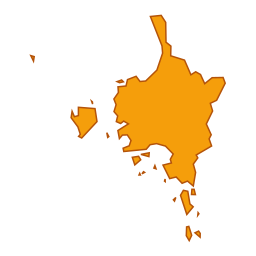 outline of Sattahip, Chon Buri, Thailand
{"feature_id": "78962969B45333129363776", "entity_name": "Sattahip", "entity_type": "district", "adm_level": 2, "iso_a3": "THA", "parent_name": "Thailand", "parent_adm1": "Chon Buri", "projection": "mercator", "projection_center": [100.926, 12.687], "detail": "medium", "context": "isolated", "style": "filled", "palette": "amber", "viewbox_px": 256, "rotation_deg": 0, "n_neighbors": 0, "source": "geoboundaries", "source_scale": "gbopen_adm2", "svg_char_len": 1894}
<svg xmlns="http://www.w3.org/2000/svg" viewBox="0 0 256 256"><path d="M223.1,77.5L212.1,77.7L204.7,83.7L200.5,74.5L195.7,71.8L190.9,74.8L184.5,60.1L170.7,55.8L170.9,46.1L166.0,42.2L165.7,22.4L161.2,15.4L150.4,16.5L162.0,45.9L162.6,53.2L156.9,70.1L145.7,81.0L140.0,81.5L136.1,76.3L127.5,79.6L126.0,86.0L118.0,86.8L118.4,92.5L113.9,99.0L116.1,104.7L114.0,111.6L117.7,115.9L116.3,121.6L120.6,123.5L123.7,121.1L128.4,123.9L117.9,130.5L119.4,138.6L122.4,135.1L127.3,134.9L131.0,140.5L129.2,145.8L123.1,148.2L123.8,151.5L146.2,149.3L150.1,144.7L156.6,143.6L165.5,146.1L173.2,154.0L170.3,159.3L171.4,163.0L163.0,165.1L169.7,178.6L176.2,177.0L182.1,183.3L187.5,181.1L193.3,186.0L195.6,172.4L193.3,164.1L197.8,157.9L196.2,155.0L211.6,146.0L209.1,138.9L211.2,134.8L206.3,124.0L212.6,111.0L210.3,103.3L216.6,100.3L225.2,83.2L223.1,77.5ZM78.4,107.3L78.4,115.6L74.4,116.7L72.1,111.3L71.1,117.7L77.9,126.9L80.3,134.3L78.6,136.4L81.7,138.0L97.0,121.6L95.0,108.6L78.4,107.3ZM183.4,190.3L180.5,195.3L186.8,214.5L193.2,206.8L189.9,203.9L187.8,191.3L183.4,190.3ZM188.8,226.4L186.6,226.9L186.3,235.7L189.2,240.6L191.7,235.3L188.8,226.4ZM138.6,156.3L132.3,157.3L134.8,164.9L140.7,159.8L138.6,156.3ZM198.6,231.1L195.0,232.8L200.1,237.2L200.2,233.4L198.6,231.1ZM194.1,189.3L191.9,189.3L191.5,194.5L195.4,194.6L194.1,189.3ZM33.5,61.1L34.2,56.6L30.8,55.6L33.5,61.1ZM148.9,156.6L149.2,152.8L140.9,154.4L148.9,156.6ZM123.4,81.8L121.6,80.0L117.1,81.6L119.6,82.7L123.4,81.8ZM156.0,168.8L154.9,165.6L153.9,168.1L156.0,168.8ZM108.8,136.6L106.8,132.7L107.7,137.4L108.8,136.6ZM174.5,201.1L175.8,197.5L173.4,199.8L174.5,201.1ZM143.5,171.7L142.0,173.8L144.6,172.4L143.5,171.7ZM197.8,215.3L198.9,213.8L198.1,212.7L197.8,215.3ZM139.0,175.0L140.4,175.0L139.7,173.4L139.0,175.0ZM164.5,181.1L165.2,181.6L165.1,179.0L164.5,181.1ZM92.6,104.1L92.4,101.9L91.6,101.2L92.6,104.1Z" fill="#f59e0b" stroke="#b45309" stroke-width="1.5"/></svg>